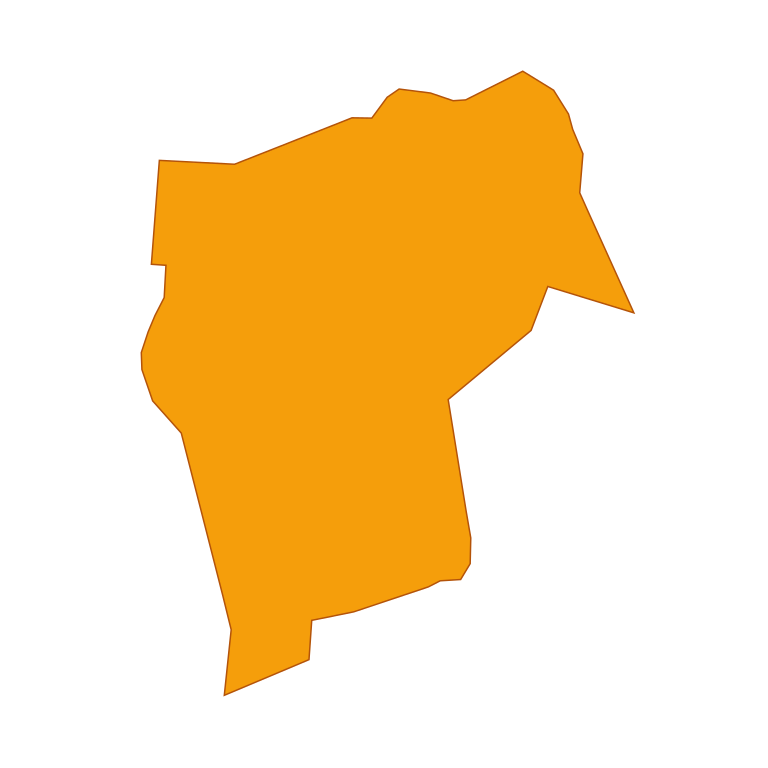 Alto Feliz, Rio Grande do Sul, Brazil (Equal Earth projection), rotated 4°
{"feature_id": "56859067B88467476938960", "entity_name": "Alto Feliz", "entity_type": "district", "adm_level": 2, "iso_a3": "BRA", "parent_name": "Brazil", "parent_adm1": "Rio Grande do Sul", "projection": "equal_earth", "projection_center": [-51.302, -29.37], "detail": "fine", "context": "isolated", "style": "filled", "palette": "amber", "viewbox_px": 768, "rotation_deg": 4, "n_neighbors": 0, "source": "geoboundaries", "source_scale": "gbopen_adm2", "svg_char_len": 678}
<svg xmlns="http://www.w3.org/2000/svg" viewBox="0 0 768 768"><g transform="rotate(4 384 384)"><path d="M453.8,576.4L474.1,573.7L482.5,557.2L481.3,531.5L474.8,505.1L449.1,395.0L527.0,320.3L540.6,275.3L628.3,295.6L575.6,197.8L565.9,179.6L566.4,140.5L554.5,116.9L549.2,101.8L532.7,79.1L500.6,62.3L445.6,94.9L433.2,96.6L410.1,90.5L378.5,88.7L367.2,97.7L353.3,119.6L333.5,120.7L258.4,156.7L219.6,175.2L144.3,176.6L143.6,280.8L158.2,280.8L158.7,313.1L150.8,331.6L145.1,348.4L139.7,369.6L141.5,386.5L154.4,417.0L185.2,447.1L237.9,606.2L248.7,639.8L246.4,705.7L328.4,664.2L328.4,624.8L369.7,613.4L442.4,583.3L453.8,576.4Z" fill="#f59e0b" stroke="#b45309" stroke-width="1.5"/></g></svg>